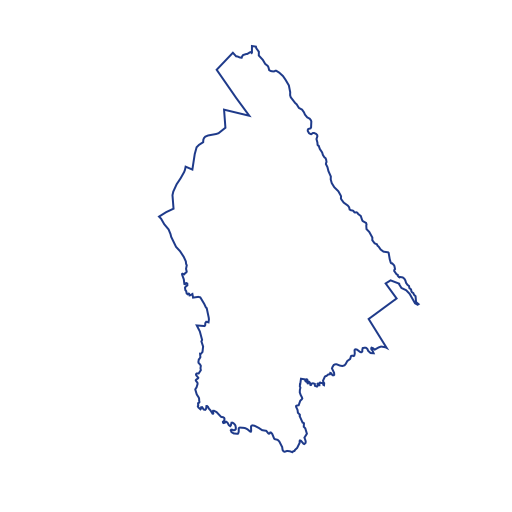 outline of Jeru pag., Rujienas, Latvia, rotated 242°
{"feature_id": "27541924B27109633258340", "entity_name": "Jeru pag.", "entity_type": "district", "adm_level": 2, "iso_a3": "LVA", "parent_name": "Latvia", "parent_adm1": "Rujienas", "projection": "equal_earth", "projection_center": [25.326, 57.845], "detail": "fine", "context": "isolated", "style": "outline", "palette": "blue", "viewbox_px": 512, "rotation_deg": 242, "n_neighbors": 0, "source": "geoboundaries", "source_scale": "gbopen_adm2", "svg_char_len": 6123}
<svg xmlns="http://www.w3.org/2000/svg" viewBox="0 0 512 512"><g transform="rotate(242 256 256)"><path d="M137.2,376.9L140.2,375.7L145.6,378.0L147.6,377.3L149.4,377.5L150.8,376.7L151.6,376.6L153.7,377.2L155.6,376.4L157.7,377.0L159.4,376.2L161.8,375.9L164.4,376.4L166.3,376.3L168.2,375.5L170.2,372.9L169.9,372.6L170.3,372.3L172.0,371.9L172.8,372.3L174.0,371.5L177.9,371.0L178.7,371.5L179.2,372.6L182.2,373.5L183.1,373.5L185.6,372.8L185.9,372.1L186.3,371.9L187.2,371.9L190.5,372.6L196.5,374.6L197.2,374.4L200.0,370.6L203.2,369.1L206.6,368.7L208.2,368.1L209.5,368.3L211.5,366.7L215.3,366.1L217.7,367.4L224.1,367.3L227.9,366.2L231.0,367.6L232.0,368.4L233.5,368.7L236.8,366.6L238.1,366.6L242.1,367.3L245.2,365.9L246.6,365.8L247.5,365.1L247.9,363.8L248.4,363.4L250.2,363.1L251.0,362.4L251.8,361.3L253.1,360.5L255.3,361.1L257.3,360.8L262.0,358.5L266.1,357.9L267.2,358.1L268.5,359.0L269.4,359.2L274.5,359.1L280.0,357.4L284.8,357.1L288.5,357.9L291.1,359.4L296.9,359.8L300.9,360.8L304.4,360.9L305.4,361.7L305.9,362.4L308.3,363.2L309.8,363.3L311.1,362.7L313.8,362.5L316.3,363.0L320.5,362.6L323.9,363.1L324.7,362.5L325.6,362.7L327.4,363.5L330.9,364.3L332.9,366.4L334.0,366.8L335.6,366.4L337.4,365.0L337.9,363.8L337.6,362.0L338.1,361.4L339.5,360.5L342.0,360.4L342.9,360.8L343.6,361.8L343.1,364.0L343.7,365.0L348.8,368.0L349.9,368.2L352.0,367.9L354.4,366.3L357.9,365.6L360.3,365.8L363.6,365.4L366.6,363.4L370.9,363.1L372.7,362.4L379.8,361.2L381.9,361.6L384.6,363.1L391.2,365.1L397.9,364.8L402.2,364.3L407.0,362.6L410.1,360.8L410.5,360.1L410.4,359.2L410.6,358.4L411.6,356.8L412.5,355.8L413.9,354.9L416.9,355.6L418.3,355.6L421.3,354.3L426.0,354.1L431.7,352.6L435.0,354.4L439.2,353.8L440.9,354.2L443.3,351.0L437.5,347.9L437.3,347.5L438.5,347.1L438.7,346.1L438.5,343.2L438.9,342.3L439.5,339.0L438.8,337.5L437.8,336.4L439.0,334.8L440.8,333.4L441.6,332.2L446.3,331.0L438.9,308.7L404.9,312.7L383.0,315.9L400.2,296.5L383.6,289.2L382.0,280.6L382.4,278.2L384.9,270.3L385.2,267.2L384.5,265.4L383.4,264.1L381.3,262.8L380.9,257.9L379.9,254.6L374.8,249.8L362.2,240.4L367.9,235.8L365.5,233.8L363.9,232.0L360.0,225.9L356.6,219.6L351.7,213.2L348.9,210.8L336.5,205.4L336.9,197.4L336.3,188.9L333.5,189.7L327.2,189.9L320.5,191.3L315.5,190.8L312.7,190.1L301.6,189.7L295.9,191.2L289.1,191.8L284.2,191.5L281.9,190.6L280.3,190.5L277.5,188.2L274.8,187.5L274.2,186.8L274.2,185.7L273.5,184.0L274.9,182.8L274.9,182.4L274.3,182.0L269.3,181.3L264.9,179.6L264.4,180.1L264.9,181.5L264.8,181.8L263.9,182.4L262.3,181.6L261.9,179.3L261.3,178.4L259.0,177.6L257.8,177.9L255.5,177.2L254.3,177.7L254.5,178.8L254.1,179.2L252.4,178.8L252.2,179.4L252.3,182.0L248.8,180.9L247.0,185.9L245.6,187.4L238.0,187.8L234.1,187.6L233.1,188.0L223.7,185.3L222.2,184.7L219.7,182.9L221.3,181.2L220.6,179.8L218.7,178.6L218.3,177.7L222.5,171.1L215.8,171.0L207.2,169.0L206.2,167.7L200.9,166.8L196.4,163.7L195.3,160.8L195.6,160.6L192.8,159.4L191.8,157.9L191.6,157.0L189.5,155.4L188.6,155.1L186.4,155.7L184.9,155.7L183.0,154.3L181.1,153.7L179.2,150.2L180.1,148.6L180.0,148.0L179.7,147.5L178.7,147.2L175.6,147.9L175.2,147.5L174.9,145.1L174.6,144.5L173.7,144.4L171.7,144.8L170.5,144.4L167.8,141.7L167.2,140.4L166.6,139.7L161.6,138.7L157.8,139.0L156.5,138.7L155.2,138.0L153.6,137.5L153.2,137.0L153.3,135.9L153.0,135.6L151.1,134.8L150.7,134.1L149.4,134.0L146.7,135.0L146.9,135.5L148.2,136.6L147.8,137.5L145.3,137.7L144.8,137.9L144.0,139.0L144.6,140.3L146.8,141.8L146.6,142.3L145.3,142.8L143.5,142.7L141.2,143.3L137.2,143.6L136.9,144.0L137.1,144.4L139.2,144.9L139.5,145.4L139.1,146.2L136.7,147.9L130.5,149.6L129.9,150.1L129.3,151.1L128.0,151.9L126.9,151.7L125.8,150.8L125.3,149.9L125.2,149.0L124.5,148.7L123.8,148.8L123.4,150.2L124.0,151.4L123.6,152.0L122.0,152.6L119.4,152.6L117.9,153.3L118.2,154.2L120.3,156.1L119.9,157.0L118.7,157.7L117.0,158.2L115.9,158.2L113.9,157.6L112.6,156.8L112.3,155.9L112.5,154.6L114.1,153.1L114.3,152.5L114.0,151.9L112.0,151.7L109.8,153.0L107.7,156.2L107.6,156.8L108.9,158.2L111.8,159.8L112.2,160.5L112.1,161.2L110.0,164.5L108.9,165.8L107.0,167.1L103.8,168.4L103.3,168.9L103.8,169.6L107.7,171.5L108.2,172.2L108.2,173.2L107.0,174.8L106.0,175.6L102.8,177.8L99.4,179.6L96.8,183.0L93.6,183.6L93.0,184.0L92.9,184.5L93.5,185.8L93.0,186.4L91.3,186.8L86.2,186.3L85.5,186.6L83.5,188.8L81.3,189.5L75.0,189.4L72.2,188.4L70.6,188.6L69.7,189.4L69.3,191.9L67.7,194.2L65.7,196.0L66.1,197.2L65.8,198.4L66.5,199.5L67.2,202.2L70.6,206.9L72.2,207.7L72.5,208.3L71.7,209.0L67.9,209.8L67.3,210.3L67.6,211.8L68.5,212.6L69.6,213.0L72.9,213.5L75.2,217.5L80.7,218.6L82.8,218.0L85.8,219.8L86.4,219.6L87.0,218.9L94.3,219.4L94.8,220.0L95.4,220.2L97.9,219.4L100.6,220.4L104.1,220.6L104.8,221.1L104.8,221.7L104.2,223.6L107.4,227.1L108.0,229.2L108.5,230.0L109.7,230.2L112.3,230.2L115.0,230.6L117.2,231.9L118.9,233.4L120.3,233.5L122.2,234.7L122.1,234.9L126.5,238.1L124.0,241.4L122.7,240.9L122.1,241.1L123.4,242.4L123.4,242.8L122.9,243.2L122.4,243.2L121.2,242.3L119.3,241.8L119.1,242.0L119.4,242.6L120.2,242.9L120.5,243.4L120.2,243.7L119.0,244.1L116.6,243.5L116.3,243.8L116.3,244.1L117.3,244.8L116.9,246.5L115.5,247.9L113.7,247.1L112.1,248.5L113.0,250.2L114.2,250.2L114.3,250.4L113.8,250.7L112.3,250.8L112.1,251.3L114.1,252.3L114.2,253.2L113.5,253.6L112.6,255.0L112.1,255.3L110.5,255.0L110.0,255.4L111.7,256.5L113.2,256.3L114.5,256.7L117.1,260.1L117.3,260.9L117.0,261.9L117.5,264.1L116.9,265.7L117.9,266.7L117.2,267.3L115.2,267.5L114.5,267.9L114.2,268.7L114.4,269.3L116.2,270.1L121.1,270.3L122.2,271.6L123.3,273.5L123.2,275.0L122.6,276.3L119.9,278.6L118.3,280.6L117.9,282.8L118.5,284.4L120.4,287.3L120.9,290.8L123.0,292.9L122.9,294.1L121.8,295.3L121.9,296.0L123.5,297.4L126.6,298.8L127.0,299.8L126.7,300.4L125.8,301.3L122.7,302.7L121.8,303.4L121.5,304.0L121.8,305.0L123.5,306.0L124.6,307.0L123.9,309.2L123.2,310.1L121.6,310.7L119.6,310.5L116.8,311.5L116.3,311.9L114.9,314.2L118.4,314.5L118.9,314.1L119.7,314.1L120.5,314.5L120.8,315.0L119.7,316.0L117.6,316.9L117.7,321.4L117.3,324.0L114.6,327.5L113.6,328.2L147.5,325.9L152.5,360.2L170.9,357.6L171.3,363.4L164.4,369.4L164.0,369.1L159.5,369.4L155.3,372.5L150.4,373.9L139.6,374.2L137.1,375.8L137.2,376.9Z" fill="none" stroke="#1e3a8a" stroke-width="2"/></g></svg>